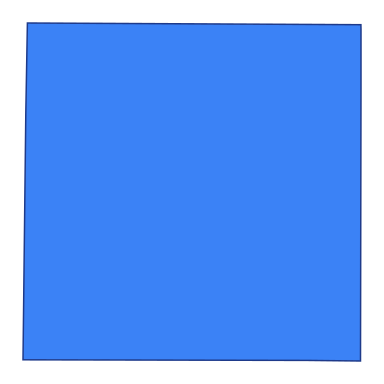 outline of Taylor, Texas, United States of America
{"feature_id": "52423323B57845343787287", "entity_name": "Taylor", "entity_type": "district", "adm_level": 2, "iso_a3": "USA", "parent_name": "United States of America", "parent_adm1": "Texas", "projection": "albers", "projection_center": [-99.87, 32.302], "detail": "fine", "context": "isolated", "style": "filled", "palette": "blue", "viewbox_px": 384, "rotation_deg": 0, "n_neighbors": 0, "source": "geoboundaries", "source_scale": "gbopen_adm2", "svg_char_len": 231}
<svg xmlns="http://www.w3.org/2000/svg" viewBox="0 0 384 384"><path d="M27.4,23.0L25.8,113.2L23.0,359.8L307.0,360.4L360.5,361.0L361.0,88.9L361.0,29.3L360.9,24.7L27.4,23.0Z" fill="#3b82f6" stroke="#1e3a8a" stroke-width="1.5"/></svg>